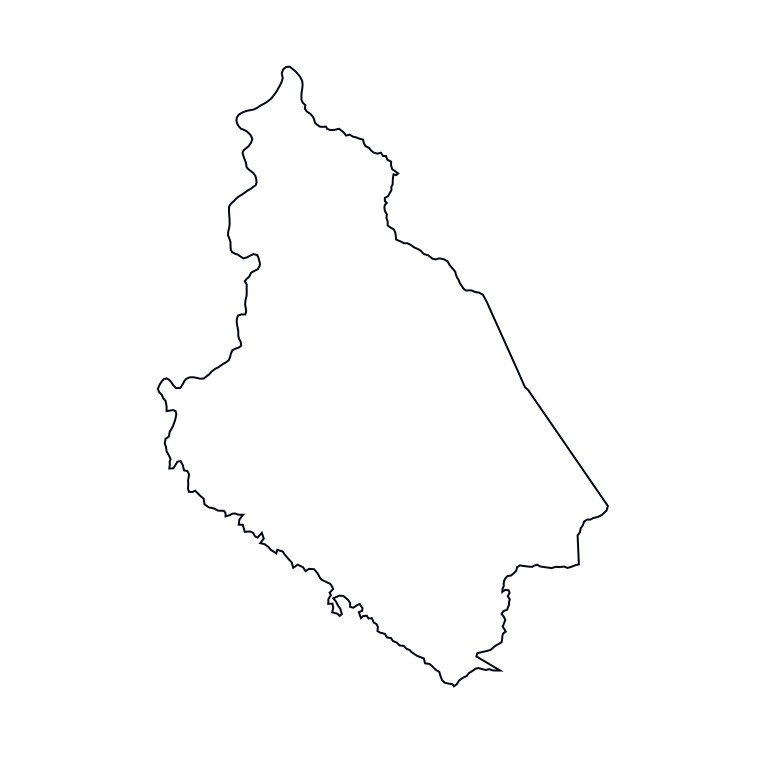 outline of Centenário, Tocantins, Brazil, rotated 119°
{"feature_id": "56859067B98200216109672", "entity_name": "Centenário", "entity_type": "district", "adm_level": 2, "iso_a3": "BRA", "parent_name": "Brazil", "parent_adm1": "Tocantins", "projection": "mercator", "projection_center": [-47.444, -9.076], "detail": "fine", "context": "isolated", "style": "outline", "palette": "ink", "viewbox_px": 768, "rotation_deg": 119, "n_neighbors": 0, "source": "geoboundaries", "source_scale": "gbopen_adm2", "svg_char_len": 5878}
<svg xmlns="http://www.w3.org/2000/svg" viewBox="0 0 768 768"><g transform="rotate(119 384 384)"><path d="M189.4,483.8L186.1,485.6L186.2,489.9L183.6,492.8L185.1,495.3L183.2,498.8L185.7,501.4L186.7,505.5L186.1,508.2L184.8,511.3L184.9,515.6L183.2,518.3L180.4,520.8L181.4,524.5L181.8,528.0L182.7,530.9L182.5,534.8L185.1,537.6L183.4,541.6L182.6,547.1L185.9,550.7L187.9,554.0L188.4,557.2L187.0,559.6L188.7,562.0L190.0,564.8L189.7,567.9L189.0,570.9L186.4,573.5L184.7,575.7L183.4,579.4L183.1,583.6L181.7,586.6L178.2,588.0L177.4,591.3L175.4,594.0L172.3,595.8L169.3,597.3L165.6,598.6L162.0,600.1L158.7,602.4L155.9,606.5L154.9,609.1L153.6,612.6L152.8,616.5L152.2,620.3L154.3,623.4L157.8,624.7L161.7,624.1L165.5,620.9L169.4,620.0L172.4,619.8L175.5,619.8L180.1,619.8L184.8,620.3L189.1,621.1L192.1,622.3L195.2,623.7L198.6,625.9L201.6,627.7L204.3,629.0L207.3,631.2L210.1,634.7L212.4,637.2L214.9,639.3L218.8,641.6L222.2,641.9L225.2,640.8L227.3,638.8L229.0,636.1L230.1,632.8L229.6,629.9L229.6,626.1L230.9,621.5L233.4,618.0L237.2,617.3L241.3,617.6L245.2,619.1L247.7,620.1L250.4,619.8L252.7,617.5L254.9,615.0L257.5,612.0L260.9,609.3L261.9,606.7L262.3,603.8L262.9,600.4L264.5,597.2L267.1,594.8L269.7,593.1L272.4,592.6L274.8,593.9L278.0,595.2L280.8,597.0L284.4,598.7L287.8,600.4L290.5,602.0L293.6,603.2L296.8,604.0L300.5,605.3L303.9,605.5L306.2,604.4L308.5,603.0L311.5,601.1L314.1,599.4L316.3,598.1L319.0,596.5L322.0,595.3L326.0,594.2L329.5,592.6L331.8,589.7L334.4,587.0L337.6,585.2L340.7,583.2L342.3,580.9L342.3,577.5L341.7,574.7L342.0,571.9L342.3,567.9L339.8,565.3L337.1,563.6L333.7,561.2L332.7,557.5L334.4,555.0L336.6,553.0L338.7,550.9L341.1,550.0L345.0,550.1L348.0,552.3L351.2,554.2L355.5,553.9L358.9,555.2L361.7,555.6L363.5,552.3L367.1,550.4L370.4,548.5L373.4,547.0L377.4,545.9L381.6,544.2L384.3,542.0L386.8,540.0L390.4,539.0L392.3,542.5L394.9,544.9L398.3,544.3L401.2,542.9L403.3,541.3L405.4,539.6L407.6,537.7L409.8,536.3L412.7,534.7L414.9,532.5L416.5,529.9L419.7,527.5L422.5,528.6L424.9,530.9L428.0,533.0L432.2,532.5L435.1,531.7L438.3,531.3L441.4,532.5L444.3,534.4L447.0,535.7L449.8,537.1L452.7,539.1L456.8,540.8L460.4,541.6L463.2,542.9L466.6,544.3L468.5,547.3L469.4,550.7L470.6,554.2L472.4,557.2L475.2,559.4L478.2,560.1L481.8,559.9L486.2,560.3L488.5,564.0L487.3,567.6L485.6,570.9L484.5,574.1L484.5,576.8L486.2,578.8L489.0,579.6L493.4,579.9L497.9,579.4L500.2,576.6L501.3,572.9L503.6,570.1L504.6,567.0L508.7,563.5L513.1,561.0L509.1,555.9L508.7,553.3L511.1,551.0L516.3,549.3L523.4,548.1L529.7,548.2L534.5,546.7L537.8,548.5L542.2,547.0L544.6,544.3L548.2,541.6L551.5,536.4L553.2,534.2L555.9,533.8L558.2,532.3L562.0,530.8L559.8,527.3L552.2,527.0L550.0,524.6L552.6,520.6L556.5,517.0L555.4,513.7L557.8,510.5L563.4,508.6L566.5,506.6L570.6,504.7L572.9,502.3L571.4,499.3L568.9,497.4L570.9,490.4L571.8,486.1L576.3,482.6L576.8,477.3L575.3,472.4L575.2,467.7L572.5,462.4L573.9,459.9L576.6,458.4L573.8,455.6L570.9,453.7L569.4,451.3L568.9,447.9L566.6,443.8L572.5,444.8L577.5,442.9L575.6,439.3L580.8,434.1L577.9,429.7L577.6,426.3L579.8,423.0L579.6,420.1L573.4,418.7L577.5,414.2L583.2,415.1L582.0,410.9L582.6,405.9L583.9,402.8L584.3,396.1L580.8,397.0L579.6,391.3L581.1,388.7L583.3,382.9L584.7,378.3L588.8,374.3L583.9,371.9L583.5,366.1L585.7,361.9L582.0,359.9L579.9,355.4L581.8,350.2L584.8,345.7L585.4,343.1L585.1,337.1L584.8,334.4L586.2,331.3L588.0,329.1L592.9,330.4L594.3,328.1L598.9,328.4L603.3,326.2L601.1,322.6L604.2,320.0L608.8,318.6L607.5,313.3L608.4,310.4L605.7,309.3L601.8,313.2L600.0,317.0L597.5,320.6L596.0,324.5L590.6,320.3L589.1,316.7L590.3,310.6L592.0,307.4L595.3,305.7L594.6,302.4L590.8,300.5L588.2,298.7L590.4,294.3L592.8,293.1L595.8,295.4L599.9,290.7L597.1,289.7L595.0,286.7L596.6,283.9L594.7,281.0L597.6,277.4L597.6,274.1L599.4,271.6L603.3,269.9L603.3,266.7L602.1,262.1L604.2,258.5L602.8,254.7L604.4,251.6L604.0,247.4L605.1,243.5L603.5,239.9L604.7,236.0L604.2,232.5L605.2,229.9L605.4,227.1L605.7,224.0L605.4,220.8L604.7,216.1L608.4,212.7L606.8,208.5L607.5,204.9L608.8,200.6L609.1,195.9L612.1,193.0L615.0,189.4L615.8,186.0L614.8,182.6L613.4,178.6L614.5,176.2L611.1,174.8L606.8,174.5L602.8,172.6L599.3,170.1L595.9,169.7L592.6,167.8L588.5,165.8L586.6,163.6L585.9,160.5L584.8,156.4L582.3,153.5L581.8,150.1L579.9,146.3L578.3,143.5L577.5,171.1L574.3,171.9L571.3,168.7L567.9,164.9L564.8,161.8L561.2,160.6L558.1,159.2L555.7,157.6L552.9,156.0L549.8,157.0L547.1,158.3L544.4,158.9L541.6,157.5L540.2,159.7L538.7,162.5L535.5,163.0L531.6,163.5L529.5,166.3L528.1,169.7L524.7,169.4L521.8,166.9L519.1,167.3L516.5,167.6L514.2,168.9L511.4,169.6L509.5,172.9L505.8,172.9L504.0,175.0L505.2,178.1L508.4,179.8L505.7,181.0L502.6,181.3L500.2,182.7L497.6,183.6L494.6,183.6L492.0,182.8L489.9,180.0L486.2,178.6L483.1,177.8L479.8,178.8L476.8,177.2L475.3,173.2L473.7,169.2L472.1,165.8L469.8,164.4L467.8,162.5L467.9,159.2L466.8,156.0L465.3,152.2L463.8,148.2L460.6,145.1L458.8,141.3L456.4,138.1L455.9,134.3L452.9,131.4L449.7,128.8L447.3,126.1L422.5,141.3L418.6,140.7L414.9,142.0L411.2,141.6L407.2,142.3L404.0,140.5L402.6,137.8L399.9,136.1L396.6,132.5L393.0,130.0L386.9,128.0L382.2,129.0L319.2,255.4L318.6,258.8L317.0,261.1L308.3,272.5L265.4,329.9L262.3,334.0L258.0,340.7L258.0,345.0L259.4,349.3L259.7,352.7L260.9,355.1L262.5,357.5L262.1,360.6L260.5,363.6L259.2,366.2L256.9,369.1L255.2,372.1L253.4,374.2L251.3,376.1L249.9,379.5L249.0,382.4L247.9,384.7L245.9,387.9L245.9,392.4L247.4,396.7L249.9,399.0L250.9,402.4L250.0,407.5L251.0,412.3L249.6,416.6L249.5,419.5L249.9,423.4L249.4,427.9L249.6,432.0L251.2,434.7L251.2,437.7L251.5,440.4L251.7,443.5L248.9,445.4L246.0,447.6L244.0,450.5L244.0,454.0L243.6,457.7L240.3,459.4L237.5,462.4L234.3,463.7L232.3,467.0L229.5,469.2L226.9,470.1L224.3,469.3L223.6,471.9L220.8,473.5L217.8,471.5L214.1,471.5L210.8,471.5L207.8,473.2L205.2,473.2L202.4,474.7L199.1,476.2L196.0,477.3L195.4,474.6L193.0,473.7L192.6,476.7L192.1,481.0L189.4,483.8Z" fill="none" stroke="#020617" stroke-width="2"/></g></svg>